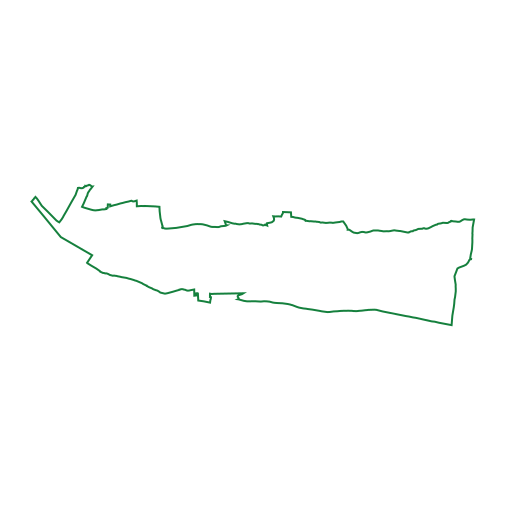 Cernatesti, Dolj, Romania, rotated 176°
{"feature_id": "2599482B72523042760761", "entity_name": "Cernatesti", "entity_type": "district", "adm_level": 2, "iso_a3": "ROU", "parent_name": "Romania", "parent_adm1": "Dolj", "projection": "equal_earth", "projection_center": [23.471, 44.445], "detail": "fine", "context": "isolated", "style": "outline", "palette": "green", "viewbox_px": 512, "rotation_deg": 176, "n_neighbors": 0, "source": "geoboundaries", "source_scale": "gbopen_adm2", "svg_char_len": 6048}
<svg xmlns="http://www.w3.org/2000/svg" viewBox="0 0 512 512"><g transform="rotate(176 256 256)"><path d="M476.1,326.0L465.4,311.1L449.4,288.5L419.4,268.2L425.0,261.0L424.7,260.6L420.9,257.8L416.2,254.6L413.0,252.0L412.8,251.5L412.4,251.4L412.1,251.0L409.9,249.8L408.7,249.6L407.6,249.1L407.0,249.2L406.1,249.0L404.6,248.3L403.1,247.3L400.2,246.3L399.9,246.3L399.0,246.4L398.4,246.2L396.3,245.8L395.7,245.5L393.0,244.8L391.6,244.3L386.8,243.2L384.5,242.3L382.8,241.8L379.4,240.5L378.4,240.0L377.1,239.6L371.6,236.8L370.5,235.9L367.5,234.2L367.3,233.9L367.0,234.0L366.5,233.4L364.8,232.3L361.9,230.9L361.4,230.4L359.9,229.6L359.3,229.4L358.6,229.0L357.7,228.7L356.9,228.4L355.5,227.5L354.0,226.2L349.9,224.9L349.0,224.8L346.7,225.1L341.2,226.2L338.1,226.9L334.7,227.6L334.7,227.8L333.1,228.1L332.1,228.1L331.1,227.9L330.2,227.5L329.2,227.3L327.6,226.5L327.0,226.3L326.4,226.2L325.2,226.2L323.3,226.5L320.0,226.9L320.3,220.7L318.6,220.8L318.6,222.9L318.2,223.0L317.9,222.8L317.5,222.8L316.8,222.9L316.6,222.7L316.7,215.6L311.2,214.4L305.8,212.9L305.1,212.7L304.6,215.1L304.1,216.4L303.8,218.0L304.8,218.3L304.6,219.5L304.7,219.9L304.5,221.6L303.7,221.4L302.8,221.2L300.4,221.2L271.2,219.7L272.7,218.9L276.0,218.1L276.6,217.8L277.0,217.4L277.1,217.0L277.1,216.6L276.4,215.4L276.2,214.9L276.3,214.6L276.5,214.3L277.0,214.1L276.5,214.0L271.2,212.1L268.1,211.4L259.9,210.9L254.4,210.2L251.1,210.3L248.4,210.0L245.6,209.5L242.5,208.4L240.7,208.0L240.1,207.9L237.3,207.5L233.0,207.0L227.7,205.9L225.3,205.2L223.8,204.6L223.3,204.5L218.6,202.3L216.6,201.5L212.5,200.4L209.6,199.9L208.1,199.5L203.6,198.6L196.3,196.8L194.2,196.2L188.8,195.1L186.6,195.0L182.3,195.3L178.8,195.2L175.7,195.3L171.6,195.2L169.1,195.0L168.2,195.0L164.1,194.6L162.6,194.3L159.8,194.0L158.6,194.0L157.1,194.1L154.2,194.1L150.7,194.3L149.4,194.3L147.6,194.4L141.8,194.2L139.7,193.9L133.7,191.9L110.6,185.6L107.5,184.9L103.8,183.8L101.0,183.2L85.2,178.5L82.3,178.0L78.3,176.7L65.7,173.4L64.3,182.7L63.4,186.5L62.3,191.0L61.6,194.5L61.0,198.7L60.3,201.1L59.2,206.8L59.0,209.8L59.0,211.4L58.8,213.5L59.2,218.0L59.4,221.0L59.4,222.0L57.2,226.7L56.4,228.5L55.9,229.5L54.2,230.3L49.4,231.7L48.4,232.1L47.0,232.7L45.0,234.6L44.1,236.0L43.5,237.1L43.0,237.5L41.7,237.8L41.6,238.1L42.4,238.5L42.5,238.9L42.2,240.0L41.6,242.6L40.6,245.8L40.1,247.6L39.8,249.9L39.2,254.6L39.0,257.3L39.0,258.2L38.5,262.6L38.6,263.0L38.4,264.6L38.3,265.2L37.9,269.4L35.9,277.2L36.7,277.3L39.8,277.2L42.8,277.6L45.0,278.1L46.0,278.1L47.6,277.5L49.4,276.5L50.5,276.0L51.2,276.0L52.2,276.0L54.4,276.5L57.2,276.9L58.5,277.4L58.9,277.4L59.2,277.3L59.4,276.7L60.9,276.4L61.4,276.0L62.4,275.6L63.2,275.6L66.3,276.0L67.4,276.1L68.4,275.8L69.7,275.6L71.3,275.5L72.1,275.4L72.8,275.1L73.2,274.7L74.5,274.6L77.9,273.4L79.1,272.8L82.1,271.6L83.1,271.4L84.5,271.3L86.1,271.8L86.3,272.0L86.8,272.0L87.5,271.9L88.2,271.6L91.9,271.7L92.8,271.5L93.9,271.0L94.9,270.7L96.6,270.5L97.3,270.3L97.8,269.8L99.1,269.8L99.7,269.8L100.3,269.5L101.5,269.2L101.7,268.9L102.0,268.8L102.8,268.8L103.7,269.0L110.5,270.9L111.0,270.9L113.0,271.3L114.2,271.5L115.0,271.7L115.8,271.9L116.4,272.0L118.3,271.8L120.4,271.5L122.1,271.4L123.6,271.6L127.1,271.7L129.5,272.3L130.7,272.5L132.2,272.9L134.3,273.1L137.0,273.3L138.3,273.0L140.2,272.4L143.7,271.8L144.7,271.8L145.4,271.9L146.4,272.3L147.9,272.6L149.0,272.6L150.7,272.3L151.9,271.9L153.4,271.7L156.8,272.5L158.0,273.2L161.0,275.6L161.5,275.7L162.7,275.8L162.6,276.2L162.9,277.2L163.9,279.9L166.6,284.4L168.1,284.5L168.9,284.4L170.1,284.1L174.3,283.9L176.6,283.7L177.2,283.7L177.8,283.9L180.1,284.2L182.0,284.1L184.1,284.1L184.8,284.3L185.5,284.4L187.3,284.8L189.0,284.8L189.5,284.9L190.2,285.4L192.1,285.8L193.1,285.9L194.0,286.2L195.5,286.3L199.0,286.9L200.1,286.9L203.3,287.6L204.1,287.6L204.4,288.0L204.4,288.5L205.1,288.9L206.4,289.4L207.7,290.0L211.6,291.1L213.3,291.4L213.9,291.5L214.9,291.8L216.2,292.3L218.1,292.6L218.1,297.1L226.0,298.0L226.1,297.1L226.8,295.9L227.2,295.4L228.1,293.6L231.0,294.0L234.0,294.1L236.0,294.4L235.5,292.8L235.4,291.2L235.8,290.0L237.0,289.1L237.8,288.6L239.3,288.3L242.9,287.9L243.0,287.8L242.9,287.6L242.7,285.6L243.4,286.0L243.9,286.0L244.8,286.6L245.0,286.4L245.6,286.2L246.7,286.0L247.2,286.1L248.3,286.8L250.1,287.1L251.1,287.6L251.5,287.7L252.1,287.7L252.8,288.0L254.5,288.1L257.7,288.8L260.0,288.8L261.4,289.3L262.8,289.4L266.2,289.1L267.9,288.8L270.3,288.7L272.8,289.2L274.3,289.7L275.2,289.7L277.4,290.3L281.5,291.9L284.8,292.9L283.7,288.8L283.0,288.7L284.0,288.3L285.1,288.2L288.9,288.1L290.6,287.6L291.2,287.5L293.1,287.6L294.4,287.8L296.8,288.0L297.8,288.1L298.8,288.3L300.1,288.8L302.6,289.9L306.9,291.3L308.6,291.6L312.0,291.9L313.6,292.0L317.0,291.8L318.5,291.6L322.4,290.7L333.5,289.6L340.6,289.5L343.0,289.5L344.8,289.7L346.1,290.2L346.5,290.4L347.1,290.3L347.7,290.7L347.6,291.2L347.2,291.8L347.0,292.2L347.3,292.9L348.2,297.6L348.5,299.0L348.7,300.6L349.0,307.4L348.9,311.8L353.2,312.5L363.8,313.7L364.7,313.7L362.4,313.5L367.5,313.9L371.4,313.9L371.2,317.2L371.2,319.6L373.7,319.0L374.5,319.0L375.4,319.2L376.3,319.8L377.6,319.6L379.5,319.2L382.5,318.8L385.4,318.2L387.5,317.9L391.4,317.0L394.1,316.6L398.0,315.7L397.8,317.5L400.2,317.8L400.4,316.3L400.5,314.5L400.6,314.4L402.0,314.2L402.0,313.3L402.4,313.3L403.7,313.1L406.2,313.2L409.7,312.8L413.2,312.7L415.3,313.1L417.2,313.7L422.9,315.8L425.1,316.7L426.1,317.2L424.2,320.5L420.8,327.2L420.5,327.4L420.2,328.0L419.5,330.1L419.0,331.1L418.2,332.0L416.9,333.8L416.2,334.4L414.2,336.7L414.5,336.7L414.9,336.8L415.8,337.6L416.5,338.2L417.2,338.6L417.7,338.6L418.1,338.3L419.7,338.0L420.5,337.5L420.8,337.5L421.5,337.9L421.7,337.4L421.9,337.2L422.2,337.0L422.8,336.9L423.0,336.5L423.3,336.2L424.5,335.8L425.3,335.8L425.8,335.8L427.6,336.4L428.0,336.4L428.9,336.3L429.3,334.9L430.1,333.4L431.7,329.6L436.6,322.3L441.8,314.3L445.2,309.3L445.7,308.4L447.3,306.2L449.9,303.3L451.1,304.1L452.6,305.3L460.7,314.8L466.2,321.0L469.2,326.4L470.6,328.7L471.9,330.3L472.8,329.3L473.4,328.9L474.0,327.9L474.8,327.4L475.2,326.7L476.1,326.0Z" fill="none" stroke="#15803d" stroke-width="2"/></g></svg>